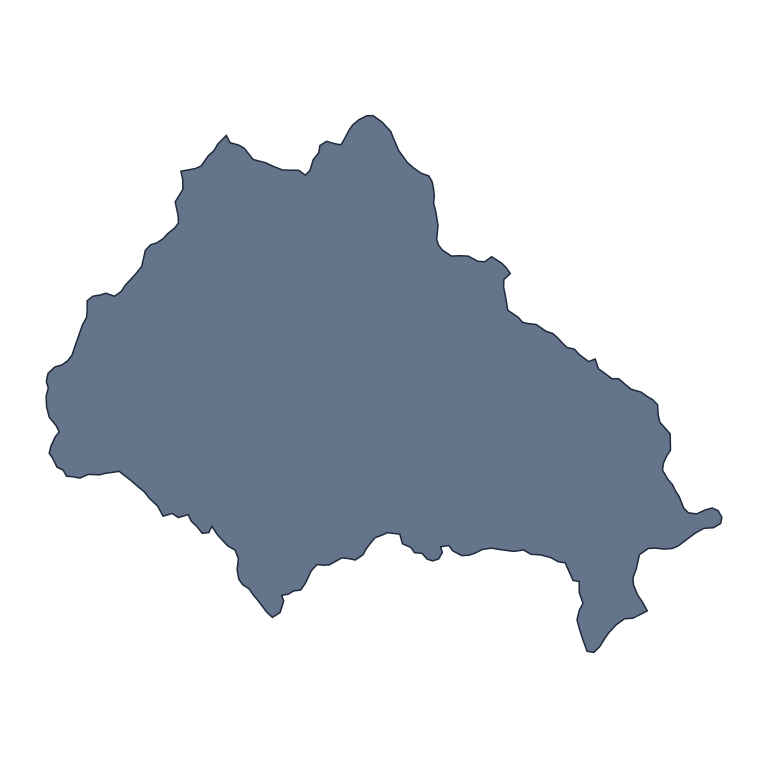 Hidrolina, Goiás, Brazil
{"feature_id": "56859067B15910924353869", "entity_name": "Hidrolina", "entity_type": "district", "adm_level": 2, "iso_a3": "BRA", "parent_name": "Brazil", "parent_adm1": "Goiás", "projection": "robinson", "projection_center": [-49.351, -14.737], "detail": "fine", "context": "isolated", "style": "filled", "palette": "slate", "viewbox_px": 768, "rotation_deg": 0, "n_neighbors": 0, "source": "geoboundaries", "source_scale": "gbopen_adm2", "svg_char_len": 3197}
<svg xmlns="http://www.w3.org/2000/svg" viewBox="0 0 768 768"><path d="M670.5,450.2L670.2,433.9L659.8,422.1L658.2,414.9L657.6,404.7L652.7,399.7L647.2,396.5L641.1,392.1L631.0,389.2L624.4,383.7L618.7,378.7L611.9,378.7L605.2,373.6L598.5,368.8L595.2,359.0L588.6,361.6L579.0,354.3L574.4,349.1L567.0,347.5L562.9,343.6L557.4,337.6L552.4,333.3L546.2,331.4L536.2,324.5L527.6,323.5L522.4,322.2L518.3,317.3L507.8,310.3L505.6,296.9L503.6,286.9L503.9,279.5L510.3,273.5L506.3,267.9L502.0,263.4L491.6,256.7L484.7,261.7L477.8,261.3L468.3,256.1L459.1,255.7L451.4,256.1L442.2,249.9L438.6,245.2L436.7,239.3L438.0,225.4L435.8,211.6L433.6,202.9L434.3,195.2L433.4,187.8L432.1,181.7L428.8,175.9L421.1,173.2L413.7,168.0L407.3,162.4L403.0,156.4L398.9,150.9L393.5,138.4L390.8,131.5L382.2,122.2L373.0,115.6L366.7,115.8L359.0,119.6L352.7,124.9L349.3,129.7L344.1,139.6L340.9,144.8L334.2,143.6L326.5,141.3L319.9,145.6L318.7,152.9L313.3,159.5L310.0,170.3L305.4,175.2L298.6,170.2L291.1,170.2L282.5,170.0L273.5,166.4L265.5,162.7L253.2,159.5L244.2,148.2L238.5,145.0L230.1,142.7L226.3,135.4L217.7,144.2L214.1,150.5L208.5,155.5L201.1,166.0L195.2,168.6L180.9,171.2L182.7,179.2L182.9,189.3L175.2,201.9L178.1,215.7L178.5,222.9L174.8,227.9L167.7,233.6L162.9,238.9L156.5,243.0L150.7,244.7L145.3,250.4L143.8,257.3L141.6,266.6L135.2,274.5L124.9,285.7L121.4,291.3L114.5,296.2L105.8,293.2L99.8,295.1L92.9,296.2L87.1,300.8L87.2,309.1L86.6,317.3L82.5,324.7L79.0,334.7L75.1,345.9L72.0,355.1L67.8,360.6L61.8,365.0L54.9,366.9L48.0,373.4L46.3,381.6L48.3,388.0L46.1,396.2L46.6,407.0L49.2,417.2L56.2,425.7L59.2,432.0L55.2,436.9L51.2,445.4L49.2,453.1L52.7,458.3L57.0,467.2L63.2,470.2L66.5,476.3L72.5,476.7L79.9,478.1L88.3,474.4L99.8,474.8L104.9,473.4L119.2,471.4L130.8,480.4L137.4,486.2L144.2,491.8L149.5,498.5L157.6,506.0L163.1,516.2L172.3,513.5L178.4,517.6L188.1,514.6L191.4,521.4L197.1,526.8L202.2,533.3L208.8,532.6L211.8,526.4L217.8,535.3L227.6,545.8L235.0,550.0L238.4,558.6L237.1,569.7L238.8,579.1L242.5,584.6L249.1,588.9L253.4,595.1L257.8,600.3L266.7,612.1L272.4,617.4L280.1,612.5L283.7,601.0L281.7,595.3L288.2,594.2L293.7,590.9L300.6,590.1L305.2,583.6L308.0,577.7L311.3,570.7L317.0,564.6L323.8,565.2L329.3,564.9L341.8,557.9L348.4,558.6L355.3,560.0L363.1,554.7L365.9,549.4L369.7,544.2L375.0,537.8L382.3,535.0L387.5,532.7L399.8,534.2L402.5,543.8L410.8,547.4L414.5,552.7L422.0,553.3L427.2,559.2L432.7,560.9L438.6,559.0L442.4,552.4L440.6,546.8L448.8,545.5L452.7,550.8L461.7,555.6L468.9,555.2L474.7,553.3L482.4,549.5L491.3,548.1L500.8,549.7L513.8,551.4L523.5,550.0L531.1,554.3L541.1,555.0L551.1,557.7L558.1,561.7L565.2,562.8L573.0,580.4L579.2,581.6L579.2,592.4L583.0,603.4L579.3,610.2L577.0,619.8L579.0,627.6L582.7,639.2L587.1,651.3L593.9,652.4L599.7,646.7L604.9,638.3L608.9,632.6L616.1,624.9L624.4,618.8L632.8,618.2L647.3,610.9L642.7,602.4L637.7,595.1L633.4,584.6L633.0,577.9L636.5,568.1L639.4,554.7L648.3,548.5L655.2,548.1L664.2,549.1L672.2,548.5L678.0,546.1L695.0,533.3L703.9,528.3L713.6,527.7L720.6,523.5L721.9,517.4L718.2,510.7L712.2,508.0L705.0,510.0L696.7,513.9L688.4,512.8L683.7,508.0L679.1,496.4L675.1,490.3L672.5,484.6L667.9,479.4L662.5,470.2L663.5,463.0L667.1,455.3L670.5,450.2Z" fill="#64748b" stroke="#1e293b" stroke-width="1.5"/></svg>